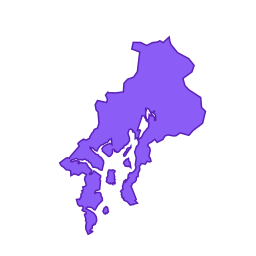 Kvænangen nor, Troms, Norway, rotated 239°
{"feature_id": "86288312B24070411232655", "entity_name": "Kvænangen nor", "entity_type": "district", "adm_level": 2, "iso_a3": "NOR", "parent_name": "Norway", "parent_adm1": "Troms", "projection": "albers", "projection_center": [21.813, 69.853], "detail": "fine", "context": "isolated", "style": "filled", "palette": "violet", "viewbox_px": 256, "rotation_deg": 239, "n_neighbors": 0, "source": "geoboundaries", "source_scale": "gbopen_adm2", "svg_char_len": 5696}
<svg xmlns="http://www.w3.org/2000/svg" viewBox="0 0 256 256"><g transform="rotate(239 128 128)"><path d="M57.5,39.1L57.3,40.4L57.4,40.5L57.3,43.0L57.5,44.4L58.2,44.3L58.5,44.0L58.5,43.3L59.6,42.2L60.6,44.2L60.3,45.2L60.5,45.7L62.8,47.2L62.5,48.5L63.1,49.0L62.4,49.6L62.4,50.3L64.4,53.1L66.1,54.2L68.6,55.1L72.3,54.9L77.0,52.7L80.4,50.3L80.8,50.5L80.6,50.7L80.7,51.7L81.2,52.7L78.3,56.1L75.6,56.8L74.8,57.4L74.9,57.9L77.3,62.1L78.6,66.4L78.5,67.3L78.9,67.6L79.0,68.7L81.0,69.8L84.1,70.1L85.4,70.9L87.3,70.6L88.8,68.1L89.1,65.9L89.6,66.0L91.0,68.3L90.0,71.0L90.1,72.2L97.0,77.3L98.2,77.0L99.8,79.1L101.2,80.0L108.6,76.8L108.9,76.1L107.8,74.9L107.3,73.7L107.4,72.0L108.1,71.1L108.9,71.8L108.7,73.5L110.6,75.1L114.7,74.0L119.1,74.1L120.2,73.2L121.1,71.2L122.4,70.3L123.0,68.2L122.8,67.8L122.9,67.2L123.7,67.1L124.2,68.8L126.4,67.2L127.3,65.3L127.6,63.3L128.5,61.8L129.1,61.7L129.4,62.0L128.9,62.5L129.5,62.6L129.7,63.4L129.1,64.9L129.0,66.5L128.5,68.0L125.9,69.6L125.4,71.0L123.9,72.7L124.0,74.3L122.8,75.6L121.5,75.9L120.9,76.9L119.0,76.9L117.2,77.9L112.4,77.8L111.2,79.6L108.7,81.8L107.8,81.8L105.6,83.3L105.3,84.1L110.3,89.0L112.5,90.1L116.4,89.8L118.8,88.6L120.8,88.5L121.7,87.2L126.5,85.7L128.5,85.7L129.9,85.0L130.4,85.2L131.1,85.6L128.6,87.8L126.4,88.1L124.2,89.5L126.3,92.7L127.2,95.5L127.2,96.4L126.6,98.5L126.8,98.8L126.9,101.3L126.3,102.8L126.7,104.4L127.8,106.3L127.0,106.9L126.9,107.6L127.1,108.1L121.9,105.6L124.2,104.7L124.1,103.4L124.6,102.0L124.8,100.7L124.7,97.4L123.7,95.0L121.1,94.2L113.6,96.7L113.0,97.9L113.7,100.4L114.9,102.1L117.4,103.4L117.4,104.0L116.6,105.2L114.9,104.4L114.7,104.6L114.8,105.5L113.2,105.5L113.2,106.0L112.5,106.8L112.4,107.7L112.7,109.2L113.6,111.0L113.4,112.7L113.8,113.5L113.2,114.1L114.8,115.4L114.7,116.5L114.3,117.2L114.9,118.8L114.5,119.5L115.5,120.7L116.0,122.5L118.8,124.1L123.5,125.2L125.8,127.8L126.0,129.0L124.9,130.6L122.0,130.2L121.9,130.7L122.2,131.0L119.7,131.4L115.1,128.7L115.3,130.0L114.5,130.8L114.5,131.9L114.7,132.3L117.3,134.6L119.4,137.4L120.3,137.2L120.7,136.4L120.5,135.1L121.2,134.8L130.2,145.4L131.4,146.2L130.0,148.1L127.9,147.7L126.3,148.6L129.4,149.5L135.3,153.0L134.6,153.1L135.1,153.3L134.9,153.8L135.1,153.9L134.8,154.2L134.9,154.5L133.5,155.6L130.8,155.4L129.1,156.4L128.6,156.9L129.0,158.9L128.8,159.3L127.6,157.6L125.1,158.3L120.5,155.8L120.7,154.8L123.1,156.1L128.0,155.4L128.6,155.1L126.5,154.4L127.5,153.1L128.5,153.0L125.7,151.0L125.2,150.5L125.1,149.2L124.4,149.3L124.9,147.9L126.5,147.6L124.6,147.5L121.9,148.7L117.8,145.7L117.7,144.0L117.1,143.1L115.8,139.1L113.0,134.6L113.2,134.2L113.0,132.7L112.6,132.1L113.8,131.3L113.9,130.3L110.7,130.2L109.9,129.2L109.1,129.2L107.7,126.9L108.0,126.0L103.9,121.3L98.0,119.6L92.6,115.2L90.7,114.9L88.8,113.3L87.6,110.1L87.7,107.6L88.7,106.6L87.8,105.1L88.0,104.4L85.7,102.6L84.9,103.0L84.7,102.1L84.9,101.7L83.7,100.0L83.2,98.8L83.1,98.2L84.6,99.5L84.9,99.3L84.4,98.0L84.6,97.2L80.7,93.2L77.9,92.0L78.2,90.8L77.5,89.0L75.4,89.2L74.5,88.0L72.6,87.9L72.2,87.2L70.6,87.4L70.1,88.3L69.0,87.3L68.0,87.5L65.1,89.5L61.1,90.1L60.5,90.7L60.3,92.2L59.6,92.9L59.7,93.9L58.7,97.4L62.0,96.7L62.5,98.3L76.7,100.7L77.1,102.1L78.2,102.8L78.2,106.5L79.2,108.3L81.5,109.9L81.2,111.7L83.8,113.3L86.3,116.8L89.3,118.1L89.8,119.0L89.7,119.7L90.8,121.0L88.1,124.2L89.6,127.1L87.7,129.2L87.6,130.6L91.0,131.6L92.8,131.2L97.2,135.4L99.8,136.4L102.7,135.7L104.2,138.0L103.8,140.5L104.5,145.1L100.7,145.5L100.2,152.0L102.1,155.5L101.6,158.5L97.4,163.4L96.6,165.6L97.0,170.1L90.4,176.4L92.4,182.6L93.7,194.4L102.4,203.0L107.7,201.6L116.7,206.0L129.2,199.9L135.0,198.6L142.2,200.6L143.2,211.7L147.6,216.9L156.1,215.8L167.0,209.3L177.3,207.8L180.8,208.5L184.8,210.2L183.1,202.1L186.4,200.2L186.5,197.7L188.6,192.9L189.1,186.5L194.8,182.9L198.7,176.6L193.7,171.9L187.1,177.2L171.5,165.1L168.7,159.1L170.0,152.8L168.4,147.6L161.3,142.6L164.3,135.8L168.0,129.8L169.1,129.2L167.8,125.7L163.3,125.2L160.9,122.8L167.3,116.0L164.8,111.8L159.9,110.0L157.0,110.5L147.0,105.5L143.7,101.9L144.1,98.2L142.9,96.8L142.2,94.6L140.2,90.9L138.9,89.8L139.2,88.7L139.0,86.2L141.3,84.1L140.9,83.7L141.4,83.2L141.0,78.4L140.3,76.9L137.6,77.0L133.3,63.8L132.2,62.2L133.7,60.8L134.1,59.1L133.3,51.5L130.2,51.3L127.3,52.7L124.1,53.4L122.4,55.6L120.7,56.7L116.5,54.5L116.4,58.4L112.9,61.3L113.5,65.8L109.6,68.4L108.5,67.2L108.3,66.1L106.3,64.3L100.8,63.0L100.0,61.5L100.8,58.8L99.1,58.4L97.4,56.8L97.9,56.1L96.2,55.9L95.6,53.9L93.9,52.5L93.1,52.6L92.6,51.4L92.6,50.7L91.6,49.7L92.9,48.3L93.3,47.0L88.4,45.6L86.0,46.2L84.9,48.5L83.2,48.8L82.1,48.1L81.6,46.7L81.1,46.3L80.7,46.9L79.7,46.8L77.9,48.6L77.0,48.6L76.0,48.0L75.9,47.3L76.4,46.7L76.3,46.1L71.9,45.1L70.5,43.9L68.4,43.8L66.0,41.4L63.0,39.8L57.5,39.1ZM100.2,87.8L97.3,86.1L96.1,83.8L94.5,83.4L93.7,82.1L93.0,81.8L89.5,83.6L89.3,84.0L89.8,84.8L87.4,85.9L88.8,86.8L88.4,87.5L88.6,87.9L88.4,88.4L87.6,87.7L86.9,87.9L87.1,88.4L86.5,88.1L90.6,89.8L90.5,90.3L91.9,90.2L92.2,90.8L92.9,91.0L93.0,91.5L96.3,92.4L97.3,93.8L97.6,93.6L97.2,94.2L97.9,94.8L99.6,93.8L99.8,93.4L99.6,92.9L100.2,92.7L100.1,92.4L100.3,91.5L101.5,90.8L101.8,89.8L100.2,87.8ZM100.2,106.1L96.8,106.0L95.0,108.2L94.8,109.1L92.6,110.0L97.7,112.1L98.8,111.6L101.8,112.8L101.7,111.4L102.0,110.6L101.8,109.4L101.2,109.1L101.5,107.8L100.2,106.1ZM72.0,68.7L71.6,67.1L71.7,66.5L69.5,63.6L66.9,63.5L66.1,64.2L66.4,64.4L66.6,65.4L65.6,65.8L66.0,66.5L65.9,66.8L66.2,68.0L70.5,69.5L72.0,68.7ZM107.5,110.4L105.8,110.1L105.6,111.1L106.3,113.0L107.4,113.8L107.2,114.5L108.5,117.1L108.9,117.3L108.9,118.3L109.9,120.6L110.8,121.0L110.2,120.2L110.4,120.0L110.4,118.7L110.9,117.9L110.8,117.0L110.3,115.8L108.7,114.4L108.7,113.9L109.0,113.8L108.8,113.1L107.5,110.4Z" fill="#8b5cf6" stroke="#5b21b6" stroke-width="1.5"/></g></svg>